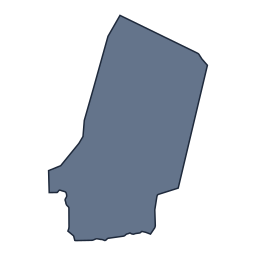 SVG path tracing the border of Barh El Gazel
{"feature_id": "TCD-5581", "entity_name": "Barh El Gazel", "entity_type": "Prefecture", "adm_level": 1, "iso_a3": "TCD", "parent_name": "Chad", "parent_adm1": "", "projection": "mercator", "projection_center": [16.439, 14.695], "detail": "fine", "context": "isolated", "style": "filled", "palette": "slate", "viewbox_px": 256, "rotation_deg": 0, "n_neighbors": 0, "source": "natural_earth", "source_scale": "10m", "svg_char_len": 1344}
<svg xmlns="http://www.w3.org/2000/svg" viewBox="0 0 256 256"><path d="M67.9,231.1L68.8,228.5L69.0,226.9L68.9,208.4L68.8,207.5L68.4,206.9L67.0,205.5L66.4,204.7L66.3,204.4L65.9,203.4L65.8,202.5L65.1,200.2L65.1,199.7L65.2,199.2L66.4,197.1L66.7,196.2L66.7,195.8L66.5,194.2L66.2,193.2L65.9,192.4L65.5,192.1L65.2,191.8L63.7,191.3L62.2,190.9L60.8,190.4L60.0,190.2L59.7,190.1L59.3,190.2L59.0,190.4L57.5,192.2L57.3,192.4L56.9,192.5L49.2,192.6L48.6,170.6L60.7,165.7L78.9,143.4L83.0,136.5L84.3,120.4L93.1,89.6L108.0,36.3L120.0,15.4L197.5,53.2L198.3,53.7L198.9,54.3L201.9,59.0L207.4,65.3L178.2,188.1L158.3,194.4L157.5,194.9L157.2,195.7L156.9,196.5L154.9,209.2L154.8,209.9L155.3,225.5L155.1,226.8L154.7,227.9L150.5,234.1L145.7,232.3L142.2,231.5L141.6,231.5L141.4,231.7L140.5,232.6L140.1,232.8L139.5,233.0L135.8,233.5L135.0,233.7L133.9,234.1L133.3,234.2L131.7,233.9L131.1,233.6L130.1,233.0L129.8,233.0L129.3,233.2L128.6,233.5L127.3,233.9L126.6,234.1L126.1,234.4L125.1,235.3L124.6,235.7L124.0,236.0L123.2,236.2L108.0,238.3L107.4,238.7L106.9,239.1L106.2,239.9L105.8,240.1L105.3,240.4L104.8,240.5L104.4,240.4L103.7,240.1L102.7,239.7L101.9,239.5L100.3,239.4L99.6,239.2L97.1,238.8L96.5,238.8L96.0,238.9L94.9,239.3L93.6,239.9L92.6,240.2L92.0,240.3L75.6,240.6L74.8,240.4L73.7,236.2L73.3,235.6L67.9,231.1Z" fill="#64748b" stroke="#1e293b" stroke-width="1.5"/></svg>